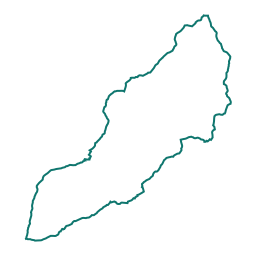 Farcasa, Neamt, Romania (orthographic projection)
{"feature_id": "2599482B98026704689851", "entity_name": "Farcasa", "entity_type": "district", "adm_level": 2, "iso_a3": "ROU", "parent_name": "Romania", "parent_adm1": "Neamt", "projection": "orthographic", "projection_center": [25.834, 47.18], "detail": "fine", "context": "isolated", "style": "outline", "palette": "teal", "viewbox_px": 256, "rotation_deg": 0, "n_neighbors": 0, "source": "geoboundaries", "source_scale": "gbopen_adm2", "svg_char_len": 5817}
<svg xmlns="http://www.w3.org/2000/svg" viewBox="0 0 256 256"><path d="M230.5,103.8L230.8,102.6L230.7,101.5L229.9,99.7L229.6,98.8L229.0,97.8L227.4,96.5L227.1,96.1L226.9,95.0L226.1,93.8L226.3,93.0L227.2,91.8L227.6,91.2L227.7,90.6L227.3,89.1L226.7,87.6L226.6,86.3L226.5,85.9L225.3,84.7L223.9,84.1L223.8,82.2L224.0,81.1L225.9,78.7L226.4,77.3L226.5,75.4L226.4,73.3L226.4,73.0L227.3,71.9L227.9,70.7L227.9,69.3L228.2,68.6L228.4,67.0L228.8,66.0L228.7,65.0L228.8,64.3L229.2,63.4L229.0,61.8L229.0,61.3L230.1,58.5L230.3,56.6L229.8,55.8L227.2,52.7L226.5,52.2L223.9,51.2L223.6,50.9L222.7,49.1L222.1,48.3L221.9,46.9L221.7,46.5L220.9,43.8L219.7,42.9L219.1,41.9L217.8,40.5L217.5,39.9L216.6,37.5L216.3,36.2L216.4,34.6L216.7,33.5L216.6,32.6L216.1,31.8L215.3,31.3L212.9,27.8L211.4,26.6L211.1,26.0L210.7,23.1L210.0,21.3L209.7,20.9L209.3,19.3L208.7,18.3L208.6,17.7L208.1,16.8L208.0,15.7L204.8,15.7L203.7,15.4L203.1,16.3L201.7,17.4L201.3,19.2L200.9,20.0L200.0,20.4L198.3,20.5L197.3,21.0L195.6,22.4L195.6,23.0L195.1,23.6L192.1,26.3L188.1,25.5L187.3,25.2L184.7,25.5L183.7,27.6L181.0,30.7L179.4,31.9L177.5,32.9L176.0,34.2L175.9,35.1L175.2,36.9L174.7,39.2L175.1,40.6L175.5,41.3L175.8,42.6L176.3,43.8L176.3,44.8L175.5,45.8L174.7,46.3L174.2,47.1L173.7,48.6L172.9,49.6L172.7,50.5L171.4,51.4L170.6,51.7L169.8,52.3L167.5,53.0L163.4,56.7L162.7,57.7L162.0,58.1L161.6,58.6L159.3,60.7L157.8,63.5L157.1,64.1L156.3,64.5L155.3,65.4L153.9,68.0L150.3,72.5L148.1,72.7L148.0,73.0L146.9,73.7L142.9,75.8L141.2,75.4L139.6,75.3L138.3,75.9L137.8,76.8L137.4,77.1L135.8,77.0L135.0,77.6L134.6,77.8L132.0,77.7L130.8,77.9L130.8,78.7L130.6,79.0L129.6,80.3L127.1,82.0L125.8,83.2L125.7,83.6L125.9,84.4L125.9,85.8L125.5,87.4L124.2,91.4L123.5,91.0L122.2,90.8L116.9,90.9L115.5,91.4L114.8,91.3L113.8,91.9L112.5,93.2L110.9,94.2L110.5,94.7L109.8,95.2L108.9,96.2L107.9,99.2L107.6,99.5L106.8,99.7L106.6,100.1L106.3,101.2L106.3,102.4L105.9,103.0L105.8,103.5L106.0,104.9L105.9,105.4L105.4,106.6L104.6,106.9L104.3,107.3L103.2,111.3L103.6,112.3L104.3,113.0L105.1,114.1L105.6,115.6L106.5,116.7L106.6,117.4L107.3,118.7L107.9,119.2L108.5,120.3L108.6,120.8L108.3,122.4L107.7,124.0L107.0,125.0L106.8,125.7L106.3,126.3L105.4,130.0L104.9,131.2L104.7,132.9L104.6,133.4L104.1,133.8L102.6,134.6L102.4,135.0L102.0,136.5L100.6,137.8L99.9,138.9L97.0,141.8L96.7,142.4L95.2,143.1L95.0,145.7L94.1,147.0L92.4,148.7L89.7,150.3L90.8,151.2L91.0,151.5L89.8,153.2L89.5,154.1L88.9,154.8L89.9,155.7L90.8,156.3L89.8,158.6L89.3,158.4L89.1,158.9L89.6,159.0L89.5,159.5L86.8,159.5L84.8,159.1L84.5,159.5L84.8,159.8L85.1,160.4L84.7,160.4L84.4,160.8L83.0,161.3L82.5,162.1L81.8,162.5L80.7,162.5L79.5,163.2L77.4,163.8L75.5,165.1L73.1,165.2L69.9,164.9L67.4,166.1L66.2,166.2L64.9,167.2L62.3,167.8L61.3,168.3L56.3,169.0L54.2,169.6L51.2,170.1L50.4,170.6L47.6,173.2L45.8,174.4L44.1,175.7L43.5,176.4L42.9,177.9L42.7,179.6L39.2,182.8L37.0,185.5L36.7,186.2L36.9,186.9L36.8,187.6L37.2,188.2L37.4,188.7L37.5,189.5L37.4,190.2L37.1,191.6L36.7,192.4L36.2,193.0L35.7,194.1L35.4,194.5L35.2,195.4L34.6,196.4L34.3,198.1L32.8,201.0L32.8,202.5L32.1,205.2L32.1,206.5L32.4,208.2L32.3,209.1L31.6,210.6L31.0,212.3L31.0,212.6L31.3,213.1L31.3,215.6L29.7,221.1L29.8,222.7L30.0,223.3L29.9,223.8L29.6,224.5L28.8,225.6L28.8,226.6L28.1,227.8L28.1,228.7L27.6,230.4L27.7,232.5L27.3,234.0L27.2,234.9L26.5,236.8L26.4,237.8L25.7,238.9L25.2,239.2L26.9,238.7L27.7,239.2L30.4,239.2L31.3,239.7L34.3,240.2L34.9,240.6L41.1,240.3L42.0,240.0L43.3,239.3L45.9,238.4L47.0,237.7L50.6,235.9L53.5,235.9L55.1,236.0L56.0,235.8L56.6,235.3L57.5,235.0L58.2,234.4L58.6,233.7L58.7,233.0L59.3,231.9L60.0,231.5L60.7,231.4L60.9,230.9L61.4,230.4L62.0,229.1L62.6,228.9L63.4,229.3L63.6,229.1L64.3,229.0L64.9,227.9L65.2,227.8L65.4,227.5L65.7,226.6L66.2,226.1L66.9,225.8L68.0,225.6L69.4,225.1L71.8,223.9L72.1,223.5L72.2,223.1L72.8,222.2L73.8,221.3L74.3,221.0L75.6,221.1L82.1,218.1L83.2,217.9L86.0,218.1L86.7,217.8L89.0,217.5L90.5,216.5L91.9,215.1L92.9,215.2L94.0,215.1L95.5,213.9L96.7,213.2L97.4,212.1L100.2,209.7L102.6,208.3L103.1,207.4L104.9,206.3L105.4,206.2L106.3,205.5L106.5,205.1L106.8,204.9L107.9,205.0L109.7,203.0L110.4,201.7L111.2,202.4L114.3,201.5L115.7,202.3L115.8,202.2L117.0,203.6L118.1,204.0L119.9,203.9L121.1,202.8L121.8,202.6L127.5,203.1L127.9,201.6L131.3,200.4L132.3,199.7L133.5,198.2L134.8,198.5L135.0,198.1L135.3,197.3L135.7,197.2L136.1,196.6L137.5,196.1L137.4,195.0L138.6,194.7L141.8,192.9L143.8,191.6L142.9,188.1L142.1,187.3L142.5,187.0L142.5,186.9L142.1,186.2L142.3,185.6L142.0,184.5L142.0,184.0L142.2,183.8L142.7,183.3L143.2,183.0L143.7,182.2L145.5,181.1L146.3,180.3L149.3,179.0L149.9,178.5L150.8,177.4L152.7,175.9L152.9,175.6L152.9,175.0L153.4,173.6L153.9,172.8L154.9,171.8L155.4,171.5L156.5,171.6L157.2,171.4L158.4,170.2L160.3,167.0L160.8,165.4L162.0,164.3L162.6,163.3L164.1,160.1L165.1,159.4L166.5,157.9L169.2,157.2L170.1,157.1L171.6,156.6L173.3,156.7L173.7,155.9L174.5,155.2L177.3,153.7L179.3,153.4L179.6,153.0L181.2,150.7L181.5,150.1L181.2,148.5L181.7,147.8L182.1,146.7L182.1,145.4L181.1,142.0L180.7,139.7L183.8,139.0L185.1,138.8L186.4,138.4L188.7,137.2L191.3,136.7L192.4,137.2L193.1,137.3L194.0,138.0L194.6,138.2L195.7,138.2L197.3,137.7L198.3,137.8L199.9,138.5L200.9,139.4L202.8,139.7L203.5,140.0L204.5,141.2L204.6,141.4L204.4,141.7L204.4,141.8L204.8,141.8L205.0,141.5L205.7,141.7L206.1,141.4L206.4,140.9L206.6,141.0L206.8,141.2L207.2,141.3L207.3,141.0L207.9,141.2L209.6,139.6L209.8,139.3L211.0,139.9L212.6,137.5L212.5,134.9L212.1,132.5L212.3,131.5L213.3,130.3L214.4,129.6L214.8,129.5L214.9,129.2L214.6,128.5L214.5,127.9L214.5,127.2L214.3,126.8L213.1,125.2L213.5,124.6L214.0,121.4L214.2,117.9L214.4,116.8L214.4,116.3L215.0,115.8L215.4,115.2L216.2,114.8L219.3,114.2L220.9,114.7L222.4,114.8L223.0,114.5L223.7,113.7L224.8,113.5L225.3,112.5L225.9,109.9L227.6,105.3L228.7,104.6L230.2,103.8L230.5,103.8Z" fill="none" stroke="#0f766e" stroke-width="2"/></svg>